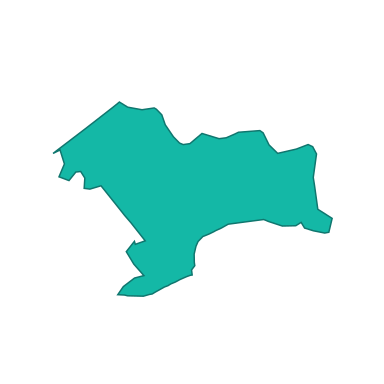 outline of St. Louis, Missouri, United States of America, rotated 51°
{"feature_id": "52423323B93973889783850", "entity_name": "St. Louis", "entity_type": "district", "adm_level": 2, "iso_a3": "USA", "parent_name": "United States of America", "parent_adm1": "Missouri", "projection": "orthographic", "projection_center": [-90.401, 38.639], "detail": "fine", "context": "isolated", "style": "filled", "palette": "teal", "viewbox_px": 384, "rotation_deg": 51, "n_neighbors": 0, "source": "geoboundaries", "source_scale": "gbopen_adm2", "svg_char_len": 1351}
<svg xmlns="http://www.w3.org/2000/svg" viewBox="0 0 384 384"><g transform="rotate(51 192 192)"><path d="M74.6,275.7L76.3,268.1L89.9,273.5L96.5,285.8L105.7,280.4L103.4,269.7L106.0,265.6L113.7,266.5L121.3,273.5L125.5,269.5L129.9,258.8L158.8,259.0L159.7,259.0L167.8,259.1L177.4,258.8L200.5,259.1L197.0,269.0L194.1,267.8L197.0,280.6L211.4,282.6L226.7,282.0L222.7,290.8L222.3,304.9L225.1,314.3L229.7,309.2L232.1,307.4L242.4,295.3L244.8,289.6L246.2,287.1L246.7,283.4L248.0,276.0L248.5,273.1L249.7,269.6L250.1,266.3L251.5,261.6L252.0,259.0L252.4,256.7L254.3,249.7L255.6,245.9L256.6,244.1L252.3,241.4L251.0,236.2L248.0,234.4L247.9,234.3L241.6,229.4L236.7,223.1L234.3,218.5L233.4,211.5L233.6,211.1L235.4,205.1L236.6,199.9L236.9,198.0L238.5,191.8L239.8,184.1L246.4,173.3L247.5,171.5L253.7,161.4L258.5,153.6L260.4,152.5L262.9,151.2L275.3,143.2L283.5,132.6L284.3,126.3L290.9,127.2L291.0,127.1L298.5,122.1L307.4,114.7L309.4,111.0L300.7,99.7L284.6,105.1L264.4,92.9L257.0,88.6L240.8,71.3L232.7,69.7L228.2,71.9L224.3,83.9L215.9,101.1L203.9,102.5L190.8,99.5L187.0,100.6L174.8,118.3L173.9,122.2L171.4,131.3L167.6,137.4L152.8,147.4L153.1,163.2L149.6,169.0L146.1,170.9L137.4,171.7L122.9,170.5L113.0,166.9L105.2,167.6L102.9,168.5L96.6,179.1L85.6,188.6L76.4,191.8L76.4,200.5L75.7,235.7L74.7,270.6L74.6,275.7Z" fill="#14b8a6" stroke="#0f766e" stroke-width="1.5"/></g></svg>